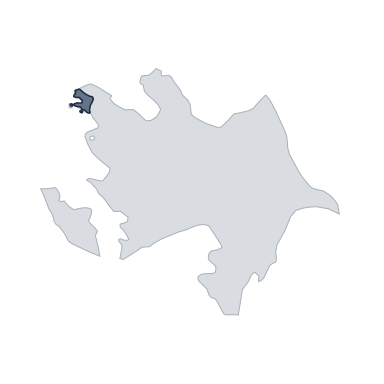 Qazakh District, Qazax, Azerbaijan shown in context, rotated 12°
{"feature_id": "54616110B43488292017990", "entity_name": "Qazakh District", "entity_type": "district", "adm_level": 2, "iso_a3": "AZE", "parent_name": "Azerbaijan", "parent_adm1": "Qazax", "projection": "robinson", "projection_center": [45.173, 41.158], "detail": "fine", "context": "in_parent", "style": "filled", "palette": "slate", "viewbox_px": 384, "rotation_deg": 12, "n_neighbors": 0, "source": "geoboundaries", "source_scale": "gbopen_adm2", "svg_char_len": 4522}
<svg xmlns="http://www.w3.org/2000/svg" viewBox="0 0 384 384"><g transform="rotate(12 192 192)"><path d="M262.9,302.8L261.3,302.7L250.4,305.2L248.1,304.4L238.6,293.0L236.6,291.7L232.6,291.2L230.2,289.4L228.2,286.3L227.1,284.0L217.3,277.8L215.9,275.6L215.6,273.6L217.0,271.8L218.7,270.3L223.4,268.8L228.9,267.4L230.6,266.5L231.5,264.8L231.4,262.2L230.5,259.6L222.5,254.9L221.6,252.8L221.3,250.4L221.8,247.8L223.0,245.7L229.4,242.9L232.9,240.1L230.7,236.9L223.6,229.6L215.3,221.5L209.7,221.4L203.4,223.8L193.3,230.7L187.7,233.6L180.4,238.5L172.4,243.9L165.9,249.6L161.8,254.3L154.6,256.4L150.9,260.4L138.8,272.3L135.3,272.1L135.1,266.2L135.2,261.5L134.4,258.8L130.5,255.1L130.4,253.5L131.5,252.6L134.5,253.2L138.4,252.9L140.2,251.5L136.1,246.6L132.3,243.4L129.2,241.2L128.5,239.8L128.5,238.9L129.1,237.8L134.5,235.1L135.0,232.7L134.6,229.9L126.1,225.8L119.7,227.3L114.0,222.8L110.3,219.3L105.7,215.5L101.6,213.4L97.7,208.7L90.9,203.8L86.5,202.4L86.6,201.7L87.4,200.8L89.2,200.0L101.3,200.2L102.8,199.3L103.5,197.2L105.2,194.2L107.1,189.6L106.9,185.8L94.8,179.7L85.9,174.0L79.8,166.5L75.7,159.7L75.8,157.4L77.0,155.3L86.4,149.0L87.0,147.3L86.8,146.2L83.5,143.0L79.2,139.7L77.9,137.3L75.3,136.0L70.2,135.9L61.3,131.9L59.5,131.5L59.1,130.6L59.5,129.8L65.8,128.2L65.7,126.8L63.8,125.0L60.2,123.7L57.0,120.5L55.8,117.5L67.2,109.0L70.6,107.3L78.0,108.9L93.5,114.5L92.5,117.7L94.1,119.4L97.6,121.8L104.5,124.3L110.2,125.5L113.2,124.5L117.6,123.6L123.4,126.4L128.7,129.9L131.4,131.4L132.8,131.8L136.9,130.6L141.7,126.0L143.6,120.5L144.1,117.8L141.2,114.1L135.4,110.1L128.8,106.6L124.6,103.5L121.9,97.4L119.2,96.8L118.5,96.0L118.1,93.9L118.2,91.0L119.1,88.7L121.7,87.8L124.4,87.4L126.8,85.3L129.8,81.1L131.0,78.8L136.7,80.1L137.5,83.9L138.5,84.7L140.9,84.2L144.8,82.6L147.9,83.8L151.9,88.3L157.5,93.0L160.6,96.2L161.7,98.4L164.6,100.5L168.8,103.0L172.1,106.9L175.1,116.0L178.2,118.1L188.9,121.5L192.7,122.2L203.2,123.5L206.9,122.6L212.2,114.8L217.0,106.7L221.5,105.0L229.7,101.1L234.6,97.5L236.6,93.5L241.1,86.0L243.9,81.8L248.8,85.5L257.3,95.7L269.6,112.2L272.6,116.8L274.6,122.3L276.4,128.8L279.3,134.6L291.7,149.3L297.1,154.7L305.8,161.7L308.9,163.2L313.0,163.6L320.3,163.7L327.2,166.4L330.6,168.3L334.1,171.1L337.3,174.3L340.7,182.9L328.8,180.1L316.9,180.5L310.2,182.3L303.7,184.8L297.5,188.4L293.7,195.3L290.7,211.4L286.1,226.4L286.4,233.4L288.6,240.1L288.4,243.3L286.2,244.6L283.5,247.5L280.0,261.3L278.2,264.1L275.8,265.8L275.2,264.2L275.2,260.5L270.0,257.3L267.3,260.9L265.5,268.5L261.7,276.6L261.6,278.1L262.9,302.8ZM85.0,161.1L85.5,159.0L84.0,158.0L82.5,158.0L81.1,159.1L81.1,161.7L83.0,162.2L85.0,161.1ZM45.9,223.7L44.1,221.5L43.3,220.2L48.6,219.2L57.4,216.2L59.7,217.7L62.3,220.7L63.6,223.3L63.8,228.1L64.9,228.9L69.1,227.3L71.0,229.2L74.3,231.6L80.0,233.9L88.2,230.3L92.3,229.3L95.7,229.4L97.5,230.5L98.1,234.3L97.5,238.9L96.5,241.4L98.3,243.3L105.0,247.7L107.8,250.2L106.5,254.5L111.5,264.9L113.2,269.0L115.2,274.0L104.9,272.1L86.4,267.8L81.3,265.7L76.4,259.8L73.6,257.0L69.3,253.4L65.8,252.0L63.2,249.5L61.7,245.8L59.5,242.4L55.7,238.5L47.0,225.1L45.9,223.7ZM57.0,134.6L55.8,135.3L54.1,134.6L53.6,132.9L53.7,131.2L55.4,130.8L56.9,131.3L57.3,132.9L57.0,134.6Z" fill="#d9dde1" stroke="#a8b0b8" stroke-width="1"/><path d="M60.8,114.8L60.2,115.2L58.9,115.5L58.1,115.9L57.5,116.3L56.9,116.7L56.7,117.4L57.3,118.3L57.4,118.7L57.4,119.5L57.3,120.3L56.9,121.0L56.5,121.4L56.4,122.4L56.5,123.2L57.2,123.4L58.1,123.6L59.1,123.7L60.2,123.3L60.8,123.0L61.7,123.0L62.6,123.2L63.6,123.9L64.1,124.3L65.0,124.8L65.7,125.3L66.0,126.0L65.9,126.7L65.9,126.8L65.9,127.4L65.3,128.0L64.3,128.2L63.8,128.4L62.9,128.5L61.7,128.5L60.7,128.9L60.1,129.4L58.8,129.9L58.4,130.2L58.1,131.4L59.2,132.1L60.5,132.1L61.8,132.3L63.0,132.3L63.7,132.1L65.0,132.0L65.9,132.4L66.6,133.4L67.3,134.0L68.6,134.1L69.5,134.1L70.4,134.3L71.5,135.1L72.4,135.8L73.3,136.2L74.4,136.3L75.3,136.2L75.7,135.3L75.4,135.3L75.3,134.6L74.7,133.0L74.6,131.9L74.7,130.8L74.5,128.7L74.8,127.7L75.1,126.7L75.3,125.7L75.7,124.9L75.8,123.9L76.0,123.0L76.0,122.0L76.1,121.2L75.5,120.6L74.9,119.7L74.0,119.5L72.7,119.6L72.1,119.6L70.6,119.2L68.7,118.7L65.8,117.6L64.5,116.8L63.2,116.2L62.2,115.6L61.5,115.2L60.8,114.8L60.8,114.8ZM68.0,137.4L68.1,136.8L68.4,136.4L68.3,135.9L67.9,135.7L67.3,135.6L66.7,135.3L66.0,135.5L65.6,135.9L65.6,136.2L65.7,136.7L66.3,137.2L67.0,137.3L67.7,137.5L68.0,137.4ZM56.6,133.0L57.0,132.6L57.2,131.9L56.9,131.2L56.1,130.8L55.2,131.0L54.7,131.5L54.7,132.0L55.2,132.8L55.7,133.2L56.6,133.0Z" fill="#64748b" stroke="#1e293b" stroke-width="1.5"/></g></svg>